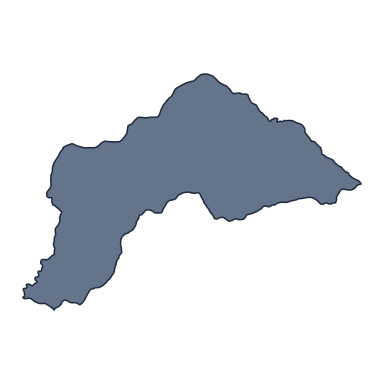 outline of Charta, Santander, Colombia
{"feature_id": "7082276B80565100217249", "entity_name": "Charta", "entity_type": "district", "adm_level": 2, "iso_a3": "COL", "parent_name": "Colombia", "parent_adm1": "Santander", "projection": "mercator", "projection_center": [-72.993, 7.252], "detail": "fine", "context": "isolated", "style": "filled", "palette": "slate", "viewbox_px": 384, "rotation_deg": 0, "n_neighbors": 0, "source": "geoboundaries", "source_scale": "gbopen_adm2", "svg_char_len": 5916}
<svg xmlns="http://www.w3.org/2000/svg" viewBox="0 0 384 384"><path d="M291.7,120.6L288.5,120.4L286.2,120.8L285.3,120.5L284.3,120.5L282.6,121.5L281.9,121.6L280.1,121.2L278.5,121.8L278.2,122.0L277.5,122.1L277.1,121.7L277.2,120.9L277.7,118.8L277.5,118.6L276.5,118.5L276.3,118.2L276.0,118.2L275.2,118.7L273.9,118.2L273.1,119.2L272.4,119.3L270.9,120.1L270.7,121.1L269.8,121.4L268.8,120.8L268.0,118.6L266.5,116.9L264.8,115.9L262.0,112.7L260.3,111.9L259.3,110.5L258.9,109.5L257.2,107.2L257.0,106.0L256.5,105.3L254.6,104.2L251.9,103.1L251.3,102.5L251.0,101.6L249.9,100.4L249.5,98.6L248.5,97.2L248.0,95.1L247.6,94.7L246.3,94.1L241.9,94.1L241.4,94.0L240.9,93.4L239.7,92.9L233.4,93.6L231.5,91.9L230.2,90.1L230.1,89.4L228.6,88.5L227.6,86.9L226.0,85.9L222.8,84.3L221.3,83.7L219.5,82.6L213.6,76.7L211.5,75.5L208.1,74.3L206.9,74.1L203.6,74.0L201.4,74.5L199.4,75.7L198.7,76.4L197.6,77.2L194.1,80.7L193.5,81.1L191.0,81.5L188.6,82.2L188.0,82.5L187.2,82.6L185.2,83.4L184.1,84.1L182.3,84.8L179.7,86.4L178.5,86.8L175.8,88.7L174.1,90.9L173.5,92.9L171.6,96.1L170.4,97.4L169.4,97.9L167.7,99.6L163.1,105.5L161.7,108.4L161.7,108.2L159.3,114.9L158.6,116.1L158.0,116.7L157.0,117.1L156.2,117.2L150.8,117.2L146.9,117.8L141.4,117.5L139.1,117.2L137.4,117.8L134.8,120.3L132.2,123.6L130.6,124.6L129.3,125.0L128.1,125.9L127.8,126.7L127.7,128.3L126.6,133.7L124.8,136.4L122.6,139.1L121.4,140.3L119.7,141.6L116.7,141.9L114.2,141.9L108.8,141.7L106.3,141.3L104.5,141.2L101.3,143.0L99.3,145.1L98.0,146.1L95.7,147.4L94.0,147.7L86.6,147.7L85.9,148.0L85.2,148.0L76.5,145.8L73.6,144.2L72.2,143.7L71.8,143.7L68.2,145.1L66.7,145.5L63.3,147.4L63.0,147.9L62.7,149.3L60.5,151.7L58.7,155.5L54.1,162.7L53.2,164.9L52.5,168.1L52.3,171.6L51.8,173.5L51.1,174.5L50.9,175.5L50.9,178.8L50.7,180.3L51.0,182.8L50.9,186.4L50.6,187.2L49.7,188.7L47.3,191.7L46.8,192.7L46.8,195.7L47.2,196.9L49.2,197.7L51.8,197.8L51.9,201.9L52.9,205.0L53.4,205.3L54.8,205.6L56.9,207.6L57.8,208.2L61.0,211.2L61.5,212.0L61.5,213.2L60.8,214.3L59.6,217.7L59.6,218.9L60.0,219.9L59.8,221.3L58.5,224.7L56.1,227.6L55.4,228.9L55.3,229.6L55.3,232.3L55.8,233.7L55.8,234.3L54.4,237.6L54.1,241.7L53.8,243.0L53.5,243.2L53.5,244.6L53.9,246.4L54.7,247.7L54.7,249.0L54.2,252.1L54.2,253.2L54.5,254.0L54.1,254.6L51.9,255.8L50.2,257.6L48.3,259.1L47.0,259.6L46.8,260.0L45.9,260.1L45.2,259.5L42.6,259.4L41.2,260.4L40.9,261.1L40.8,263.5L41.0,263.8L42.0,264.3L42.5,265.0L42.6,266.9L41.7,268.4L41.6,270.4L40.8,271.1L38.5,271.2L38.1,271.6L38.1,273.0L38.7,274.3L38.7,275.5L38.4,276.1L37.4,276.9L35.6,277.3L34.9,278.1L35.2,279.7L36.8,281.3L36.9,281.9L36.7,282.5L34.6,283.7L32.5,285.8L31.9,285.9L29.7,284.4L28.6,284.1L26.6,284.4L26.3,284.9L26.3,285.6L26.9,286.3L26.9,287.0L26.1,288.2L25.9,288.4L24.0,288.4L23.3,288.9L23.2,289.8L23.8,290.6L24.3,292.3L24.6,295.3L24.4,296.5L23.9,296.9L23.3,296.9L23.1,297.2L23.0,297.7L23.6,298.2L24.7,298.7L25.7,298.8L27.5,298.2L29.0,298.2L30.2,298.4L31.9,299.3L33.0,300.4L35.1,301.8L38.5,303.2L39.9,303.6L44.7,303.5L45.9,303.8L47.0,304.6L50.9,307.0L53.5,309.1L54.2,310.0L54.8,308.8L55.6,308.1L58.3,306.7L60.4,305.1L61.2,304.0L61.8,302.5L62.2,301.9L62.8,301.2L64.0,300.3L65.9,300.2L66.6,300.4L67.8,301.0L68.8,301.8L70.5,302.5L71.7,302.8L74.9,302.7L76.5,302.9L77.7,303.5L79.0,304.5L80.1,304.6L80.6,304.4L82.3,302.9L84.9,299.3L87.5,294.2L90.4,289.5L91.4,289.0L93.2,288.8L95.2,287.8L99.0,287.5L102.2,286.0L106.1,282.7L107.7,280.6L109.1,279.2L110.0,278.7L112.0,275.3L113.8,272.8L114.2,271.8L115.0,267.0L116.1,264.3L116.3,262.4L117.0,260.8L117.3,259.5L118.7,258.3L119.0,256.1L121.7,252.4L121.6,250.1L120.5,243.9L120.9,239.2L121.4,238.5L121.7,237.4L123.4,235.4L124.6,234.4L125.7,233.8L128.4,232.9L129.3,232.0L132.1,230.3L133.6,228.9L135.9,224.8L136.5,221.5L138.3,219.0L138.8,218.1L139.0,216.2L139.3,215.6L140.3,214.9L141.9,214.6L142.7,213.5L144.0,212.4L145.1,210.8L145.8,210.2L147.2,209.8L150.3,210.1L153.1,211.5L154.9,212.9L155.2,213.0L161.0,212.9L162.1,212.0L163.5,208.5L166.2,204.1L166.6,203.1L167.1,202.5L169.2,200.7L170.0,200.3L172.9,199.9L175.0,199.1L176.0,198.3L177.6,196.0L178.6,195.0L183.6,192.6L186.5,192.2L189.4,192.2L190.9,192.6L191.4,193.0L195.0,193.3L197.9,192.4L198.5,192.6L200.1,194.3L200.7,195.4L201.5,197.5L203.0,199.8L204.2,203.0L208.9,209.5L209.7,211.2L211.0,213.1L211.9,214.0L213.2,215.8L214.2,218.1L214.7,218.6L215.3,218.9L217.3,219.0L219.0,217.8L219.7,217.6L221.7,217.4L223.4,217.4L228.5,221.0L230.0,221.1L232.0,220.5L234.2,219.2L236.3,218.7L237.3,219.0L238.0,219.6L241.5,219.6L243.8,219.1L244.6,218.3L246.9,214.8L252.8,213.3L255.2,212.1L256.7,211.6L259.7,209.5L260.4,209.4L261.1,209.0L263.1,206.7L264.5,206.1L266.5,206.0L267.6,206.5L267.9,206.8L268.4,206.8L269.6,206.5L272.7,204.9L274.8,205.1L275.4,204.5L277.5,203.1L277.9,203.0L280.7,202.5L281.3,202.3L283.3,202.2L284.1,202.4L287.1,202.3L289.8,201.3L296.4,199.8L298.2,198.9L299.0,198.7L301.9,198.5L302.8,198.2L308.6,197.4L310.1,197.3L311.6,197.5L314.3,198.6L313.9,198.6L315.8,199.5L317.4,200.7L319.8,203.2L321.1,204.1L321.9,204.3L323.2,204.3L325.0,203.0L327.0,203.0L328.5,203.9L330.0,203.8L330.2,204.0L331.0,204.1L332.2,203.1L335.3,202.9L335.7,202.6L336.1,201.1L336.6,199.9L336.4,197.2L340.4,190.6L340.7,189.9L341.1,189.4L343.8,189.3L345.6,189.5L346.4,189.8L349.2,190.0L351.1,190.0L353.6,189.0L355.5,187.4L356.9,185.5L357.5,185.1L361.0,184.0L360.6,182.9L358.7,180.9L353.1,178.2L349.6,175.4L348.5,174.1L348.9,174.3L348.5,173.8L348.5,173.1L347.1,172.2L345.5,171.7L344.9,171.3L344.6,170.8L343.8,170.0L343.2,169.7L341.5,167.2L340.4,166.6L339.4,166.5L336.5,164.3L333.9,161.8L333.8,161.4L332.4,159.6L331.7,159.5L330.1,158.6L327.2,157.6L325.4,156.4L325.3,156.1L324.7,155.7L321.9,154.1L321.6,153.6L321.7,152.5L321.5,150.2L320.8,148.7L320.6,147.5L319.1,146.5L317.1,144.6L315.8,142.9L315.1,142.5L314.8,142.0L313.5,141.3L311.5,141.4L311.4,140.7L310.2,139.5L309.7,138.2L307.9,136.2L305.0,132.4L304.8,129.0L303.8,127.1L302.4,125.2L300.2,123.9L296.8,122.8L293.0,121.0L291.7,120.6Z" fill="#64748b" stroke="#1e293b" stroke-width="1.5"/></svg>